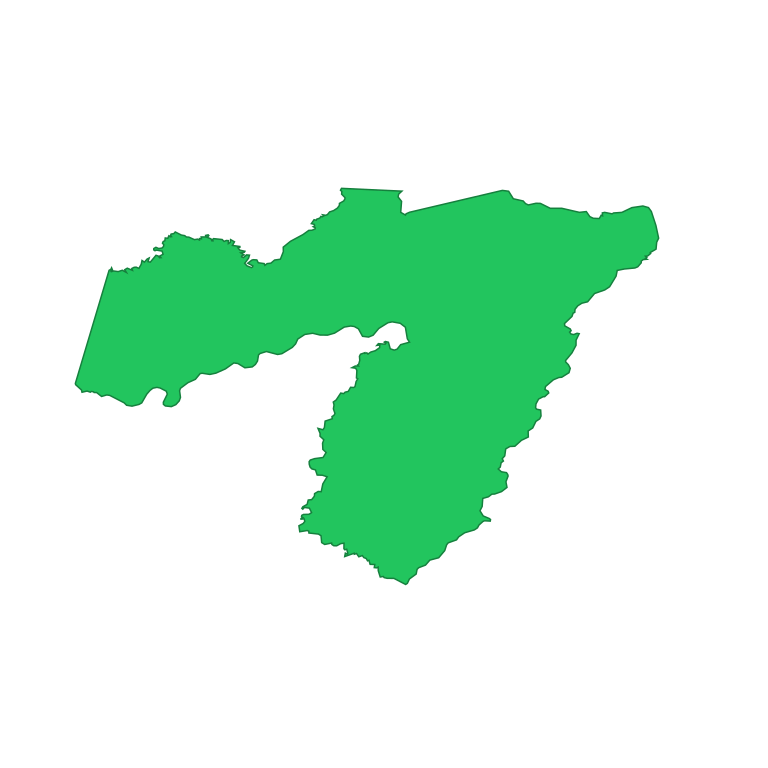 the district of Nechí, Antioquia, Colombia, rotated 77°
{"feature_id": "7082276B35655798439233", "entity_name": "Nechí", "entity_type": "district", "adm_level": 2, "iso_a3": "COL", "parent_name": "Colombia", "parent_adm1": "Antioquia", "projection": "equal_earth", "projection_center": [-74.812, 7.985], "detail": "fine", "context": "isolated", "style": "filled", "palette": "green", "viewbox_px": 768, "rotation_deg": 77, "n_neighbors": 0, "source": "geoboundaries", "source_scale": "gbopen_adm2", "svg_char_len": 6158}
<svg xmlns="http://www.w3.org/2000/svg" viewBox="0 0 768 768"><g transform="rotate(77 384 384)"><path d="M529.1,319.0L525.4,315.9L517.7,313.5L517.4,307.6L515.6,303.7L516.1,300.9L515.3,293.7L512.4,287.4L506.7,287.2L501.6,283.8L500.0,283.8L497.9,284.6L495.9,289.4L492.5,291.8L491.1,289.4L487.1,287.6L485.9,285.0L483.4,285.6L481.2,282.5L474.6,280.0L473.2,275.4L474.1,270.5L469.8,262.8L468.1,255.3L462.2,254.1L460.3,249.0L454.6,244.4L453.0,240.1L450.5,238.2L444.6,237.2L442.8,241.1L441.2,241.6L437.6,240.4L433.5,236.8L432.2,232.0L432.5,230.3L429.8,225.5L428.0,225.7L425.5,228.4L422.8,227.2L418.0,218.0L417.0,212.2L417.4,209.3L414.6,201.2L410.6,199.0L406.7,200.0L403.4,202.0L402.0,201.8L396.0,193.9L389.5,188.2L384.5,187.0L378.9,182.5L378.0,184.5L378.5,188.0L377.4,190.5L375.2,191.5L374.2,189.7L372.3,190.1L368.0,194.8L365.7,194.5L360.4,185.6L357.5,183.8L357.1,182.0L354.2,181.1L351.4,177.6L349.8,173.1L349.7,167.1L343.2,158.5L342.0,147.7L340.0,142.3L331.1,133.6L325.8,131.2L326.0,124.0L327.4,113.4L326.9,110.4L323.8,106.1L322.1,105.7L321.1,103.4L321.6,99.9L320.6,101.0L320.0,99.5L318.3,100.5L318.6,98.4L316.8,94.8L315.8,95.0L313.8,88.6L307.2,86.4L303.7,83.6L290.7,83.4L276.0,84.7L271.6,86.6L268.8,91.7L267.9,102.8L270.3,113.6L269.0,121.8L269.5,123.5L266.4,130.4L266.4,132.8L269.3,133.2L268.4,134.4L271.2,137.0L269.6,142.8L267.2,145.8L261.5,148.1L260.7,155.0L252.8,171.2L250.2,182.5L243.2,191.0L242.1,195.2L242.0,203.1L240.1,205.5L237.0,207.2L232.6,216.3L224.2,219.2L222.0,225.1L222.4,320.4L223.1,324.2L224.2,325.1L220.5,329.1L210.0,325.8L204.9,328.2L202.3,327.0L200.1,323.2L183.8,381.4L185.4,382.8L187.0,381.8L189.5,382.6L193.6,380.1L194.8,380.4L196.6,382.1L198.0,386.8L199.9,387.3L202.1,389.8L203.7,394.1L204.1,398.3L206.2,401.0L206.5,402.9L205.4,405.6L206.7,404.9L207.2,406.7L206.5,407.7L207.9,409.3L208.3,412.6L209.2,413.2L208.2,415.2L211.4,418.7L212.8,416.0L214.4,416.0L214.8,417.6L216.3,415.8L217.4,416.2L218.0,419.6L217.4,422.7L220.2,429.4L223.9,443.0L228.0,451.4L232.4,452.3L239.1,456.9L238.6,462.7L240.8,467.0L240.4,470.8L241.6,473.4L239.7,473.7L237.6,479.2L234.5,480.0L233.5,483.3L233.5,484.8L235.7,489.6L239.4,485.2L240.5,485.8L240.8,487.0L238.1,490.9L235.1,492.6L231.0,487.7L228.2,486.1L227.3,488.8L229.2,492.6L228.1,494.2L227.3,494.0L226.6,491.4L224.0,494.0L224.2,490.5L223.4,489.7L221.1,494.4L218.4,495.7L218.3,493.6L217.6,493.5L214.9,500.5L211.8,497.7L208.8,501.0L211.4,501.9L212.2,504.1L209.3,503.4L208.7,505.3L209.1,507.8L206.8,509.2L204.0,517.4L204.6,518.5L206.0,518.4L205.8,519.5L203.7,519.9L201.4,523.2L200.0,521.3L199.1,521.8L199.1,524.4L200.7,524.2L199.6,529.1L201.4,529.2L200.8,531.0L202.2,531.4L200.9,533.0L200.7,536.2L197.0,541.1L196.3,543.5L194.6,544.8L193.3,547.9L188.9,553.2L190.2,555.0L190.0,557.7L191.1,558.5L192.6,557.9L192.5,559.1L191.2,560.3L193.4,561.9L192.5,564.3L195.1,565.3L195.5,567.1L197.0,568.2L198.8,567.2L200.5,568.0L201.6,569.8L201.3,573.1L199.5,575.5L200.2,577.8L201.5,578.2L202.6,577.2L202.4,575.5L204.6,570.3L207.9,570.1L208.9,573.9L210.7,572.9L210.5,574.3L208.6,575.1L207.3,577.2L212.7,584.3L211.7,586.4L208.4,584.5L209.0,586.8L211.4,590.0L209.2,592.0L212.7,593.6L216.2,596.8L214.4,599.2L214.1,601.2L214.7,603.7L216.7,603.5L213.4,608.1L214.3,610.9L217.4,609.9L214.3,613.4L214.7,617.7L213.1,621.9L213.2,624.5L212.6,624.7L211.9,622.9L209.5,623.3L210.8,624.3L211.4,626.3L314.0,684.6L315.3,684.6L321.8,680.1L324.1,680.1L324.1,674.9L325.9,672.0L325.4,671.0L326.2,668.8L327.1,668.4L327.7,665.9L332.6,662.0L332.3,656.6L333.4,653.8L343.9,641.4L346.8,639.6L348.9,634.5L348.8,627.3L347.9,624.3L340.6,617.5L337.6,613.4L336.1,610.1L336.2,606.0L337.5,603.1L342.0,597.8L345.1,597.4L352.1,603.1L354.2,603.5L356.2,602.0L358.2,596.3L357.3,591.5L354.4,587.3L351.2,585.3L344.6,584.7L342.4,583.3L338.6,574.7L337.0,566.7L332.5,560.8L332.6,558.8L335.5,551.5L335.6,545.3L333.6,535.1L329.7,525.6L331.2,521.7L336.9,515.9L337.7,508.5L336.0,504.9L333.2,502.1L327.4,499.7L326.4,497.9L325.9,491.3L331.3,481.0L331.5,476.7L327.7,465.1L325.0,461.1L320.8,457.9L317.9,450.0L318.5,442.1L321.9,435.3L323.7,427.9L323.3,420.7L319.6,409.9L320.0,403.4L321.3,400.0L324.5,396.5L332.7,394.2L334.8,388.4L334.0,383.6L328.7,376.6L325.2,366.4L325.3,362.0L328.5,354.5L333.5,350.4L345.2,351.1L349.0,349.7L349.4,358.9L353.0,363.4L353.3,366.4L351.1,370.0L344.3,370.3L342.9,373.1L343.3,374.3L344.7,373.0L345.5,373.9L343.4,380.4L344.8,382.3L345.1,379.3L347.6,380.1L349.6,385.0L349.9,389.7L351.2,392.9L349.8,393.7L349.8,395.8L349.2,395.7L349.7,400.2L351.5,401.7L355.5,402.3L359.0,404.2L359.5,405.4L360.7,404.8L360.0,408.0L360.9,411.5L362.3,408.0L364.8,407.4L371.9,409.5L373.0,408.4L375.3,410.6L380.1,412.9L380.6,414.3L379.7,417.3L383.2,420.5L383.2,423.7L384.3,425.4L383.1,428.2L388.8,434.2L390.2,437.5L393.2,437.4L396.8,438.9L401.7,438.4L403.3,439.9L404.0,442.0L406.2,442.2L406.9,449.7L413.1,451.9L414.8,453.8L412.4,458.3L417.8,457.4L420.5,458.1L424.8,455.2L427.9,457.2L434.0,458.3L437.7,455.8L441.9,459.9L441.1,468.4L441.5,472.9L442.8,474.4L445.4,474.9L448.4,474.7L450.5,473.4L452.3,470.1L457.7,469.6L459.0,464.6L461.6,460.3L467.6,466.1L474.8,469.4L473.9,472.3L475.2,476.3L477.7,477.1L480.4,480.5L480.0,483.9L484.0,486.0L485.3,490.6L486.7,492.0L487.7,491.3L486.4,489.3L488.2,484.6L493.0,483.5L494.1,486.3L493.0,491.7L493.5,493.7L494.9,494.3L495.9,493.0L496.9,495.9L497.5,492.1L500.1,492.1L501.7,494.1L503.0,498.8L509.0,499.3L509.5,491.8L510.5,490.4L512.3,490.7L515.5,481.6L517.7,479.5L524.5,480.4L527.0,477.9L527.2,470.8L528.6,470.9L530.3,469.3L531.0,466.5L529.8,462.1L530.1,458.8L535.5,460.1L536.7,459.5L536.6,457.5L540.8,457.3L541.4,458.0L540.1,459.7L543.3,461.1L542.2,451.1L543.2,451.2L543.0,448.9L546.7,447.4L546.3,443.7L548.6,442.7L550.0,440.6L552.6,439.8L552.4,438.3L556.6,438.1L557.8,433.6L560.7,434.8L561.5,432.5L561.1,430.9L564.7,431.6L571.2,431.1L571.4,428.0L572.7,427.4L574.1,424.5L575.6,418.1L584.2,408.0L583.5,406.1L579.7,403.1L576.4,395.4L572.1,393.5L570.8,391.6L569.8,384.3L565.9,378.9L565.6,369.8L560.0,362.3L554.7,359.1L553.2,357.1L552.2,348.4L549.7,345.6L547.1,338.8L546.5,328.8L545.2,325.3L542.8,323.2L540.2,318.5L539.9,316.8L541.5,311.3L540.0,310.7L538.8,311.6L534.9,317.0L529.1,319.0Z" fill="#22c55e" stroke="#15803d" stroke-width="1.5"/></g></svg>